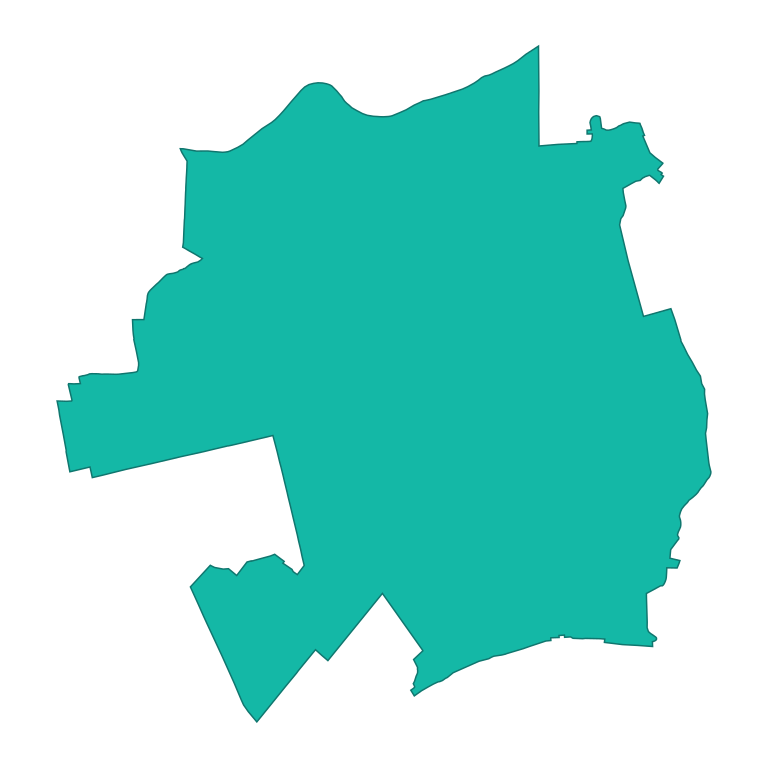 the district of Hotarele, Giurgiu, Romania
{"feature_id": "2599482B11707962616548", "entity_name": "Hotarele", "entity_type": "district", "adm_level": 2, "iso_a3": "ROU", "parent_name": "Romania", "parent_adm1": "Giurgiu", "projection": "orthographic", "projection_center": [26.375, 44.157], "detail": "fine", "context": "isolated", "style": "filled", "palette": "teal", "viewbox_px": 768, "rotation_deg": 0, "n_neighbors": 0, "source": "geoboundaries", "source_scale": "gbopen_adm2", "svg_char_len": 6067}
<svg xmlns="http://www.w3.org/2000/svg" viewBox="0 0 768 768"><path d="M414.3,695.9L421.6,690.7L428.4,686.8L433.5,684.0L438.0,681.9L439.8,681.6L442.5,680.5L445.4,678.4L447.3,677.5L453.2,672.7L478.8,661.3L488.8,658.7L491.5,657.2L493.8,656.2L501.8,655.0L505.5,654.1L506.7,653.6L523.1,648.7L529.6,646.4L545.9,641.0L550.9,640.5L550.7,638.2L550.8,637.8L559.1,637.5L559.0,635.5L564.4,635.1L564.6,637.3L570.6,636.9L573.0,638.3L582.7,638.7L585.4,638.4L600.0,638.7L604.8,639.1L604.4,642.4L622.6,644.6L637.5,645.4L652.6,646.5L652.4,641.7L653.8,641.3L655.0,640.8L656.0,640.1L656.5,639.3L656.5,638.1L655.9,637.2L652.6,634.8L651.0,633.8L649.1,632.3L648.2,631.1L647.1,627.6L647.2,622.3L647.0,615.4L646.5,599.4L646.4,594.2L646.4,593.5L660.4,585.9L660.8,585.8L662.2,585.8L662.5,585.7L662.9,585.4L663.7,584.5L664.5,583.1L665.3,581.3L666.0,579.2L666.3,577.4L666.6,572.5L666.8,567.8L677.1,568.0L679.0,563.4L679.9,560.6L669.9,558.2L670.7,549.6L677.5,540.5L678.7,539.1L678.9,537.8L677.7,535.7L677.5,534.9L677.7,533.9L678.3,531.9L679.3,529.8L680.5,527.0L680.8,525.0L680.8,522.8L680.6,520.9L680.3,519.6L679.5,517.2L679.4,515.9L679.9,513.9L680.6,511.6L681.9,508.7L684.3,505.7L687.5,502.4L688.9,500.3L692.6,497.5L696.0,494.5L697.9,492.4L699.1,490.5L700.9,488.0L703.2,485.7L705.3,482.5L706.7,480.2L707.6,479.1L708.9,477.7L709.7,476.4L710.7,473.8L710.9,471.9L709.3,465.5L708.8,462.6L706.2,440.4L705.5,433.3L706.6,427.8L706.9,420.1L707.6,413.6L705.2,399.6L704.5,394.0L704.6,389.2L701.7,383.7L700.4,376.1L696.5,370.2L692.2,362.1L687.6,354.4L683.7,346.4L680.9,341.1L680.9,340.0L674.8,319.6L670.9,308.7L643.5,316.4L628.1,260.7L619.6,224.9L620.8,218.7L623.1,215.6L625.7,207.9L625.9,206.0L625.6,204.4L624.8,200.7L623.3,192.7L622.9,188.4L631.4,183.6L635.9,181.2L640.2,180.4L642.0,178.6L642.9,177.9L644.0,177.4L645.1,176.7L649.1,175.4L649.8,175.4L655.5,179.9L657.4,181.6L658.5,182.8L659.1,183.3L663.5,176.2L661.1,174.6L662.2,173.1L661.4,172.4L658.1,170.5L657.8,170.1L657.8,169.6L657.9,168.9L658.3,168.5L662.7,163.6L662.9,163.2L655.2,157.4L649.9,152.8L642.8,136.0L644.5,135.4L642.6,130.9L642.8,130.9L641.9,128.2L640.1,124.1L640.0,123.4L639.2,123.2L635.4,122.9L629.6,122.1L623.9,123.6L622.7,124.1L620.6,125.3L618.9,125.9L616.6,127.6L614.3,128.6L612.9,129.1L610.6,129.8L608.3,130.2L606.3,130.1L604.0,129.0L601.6,128.3L600.3,118.4L599.7,116.7L596.6,115.7L595.5,115.9L593.4,116.6L591.5,118.4L590.5,120.5L590.0,122.6L590.8,126.6L591.3,129.9L587.1,130.2L587.1,134.0L592.2,133.9L592.4,135.3L592.1,138.2L591.7,139.7L590.8,141.3L587.8,141.5L581.4,141.6L577.0,141.8L576.9,143.5L558.0,144.4L539.0,146.0L538.7,112.0L538.9,91.2L538.5,46.1L525.9,54.3L519.3,59.5L517.8,60.7L513.3,63.6L508.9,65.9L504.2,68.2L495.8,72.0L492.0,73.9L489.1,75.1L487.0,75.6L485.4,75.9L484.4,76.2L481.5,77.7L478.2,80.4L474.2,83.1L467.7,86.7L462.4,89.1L445.4,94.8L437.5,97.2L430.6,99.3L425.3,100.5L423.3,100.8L419.8,102.6L414.2,105.1L406.2,109.8L399.4,112.8L392.1,115.8L390.4,116.2L388.4,116.5L383.3,116.8L379.7,116.7L377.2,116.5L373.5,116.3L367.3,115.3L362.5,113.6L356.8,110.6L351.9,107.8L349.2,105.3L346.7,103.3L344.6,101.2L343.1,99.0L341.6,96.6L339.0,93.7L336.7,90.9L331.8,86.0L330.1,85.0L328.8,84.5L326.6,83.8L322.6,83.0L318.0,82.8L313.5,83.4L308.9,84.6L304.7,87.0L301.0,90.5L295.7,96.6L291.4,101.5L287.9,105.7L283.6,110.8L279.4,115.4L275.2,119.6L271.6,122.5L265.7,126.3L262.1,128.6L247.7,140.2L243.1,144.2L237.8,147.3L230.0,151.0L227.9,151.7L225.2,152.1L222.5,152.3L214.1,151.6L207.7,151.0L202.9,151.0L196.6,151.1L183.4,148.8L180.3,148.7L181.1,150.8L182.1,152.9L183.7,155.6L185.2,158.0L187.1,161.1L186.9,166.0L186.9,167.4L186.6,173.0L186.3,177.6L186.1,182.2L186.0,183.7L185.8,187.9L185.8,189.8L185.6,192.5L185.4,197.9L185.3,200.4L185.2,204.1L185.0,207.7L184.6,218.3L184.4,219.9L184.0,228.2L183.4,242.8L183.3,243.2L183.2,244.1L182.7,247.2L184.1,247.9L189.2,250.9L195.1,254.2L199.9,257.1L202.4,258.4L201.7,259.2L201.1,259.8L200.2,260.5L197.8,262.0L195.7,262.5L193.7,263.0L190.9,263.9L190.7,264.4L189.9,264.5L189.1,265.1L188.1,265.9L186.7,267.0L185.2,268.4L184.2,268.5L183.6,268.7L182.9,269.3L181.7,269.6L180.7,269.9L179.9,270.2L178.9,270.9L178.3,271.5L177.6,272.0L174.7,272.9L173.1,273.3L171.7,273.5L170.1,273.7L169.0,273.9L167.3,274.3L166.4,274.8L164.9,276.1L163.3,277.6L158.4,282.6L156.3,284.4L151.5,289.0L150.3,290.2L148.9,291.9L148.4,292.7L148.0,293.6L147.5,295.3L147.4,295.9L147.1,299.1L146.6,302.3L146.2,304.1L146.0,305.6L143.9,319.6L142.0,319.6L139.6,319.6L132.5,319.7L132.9,328.3L133.0,330.6L133.4,334.9L134.0,338.6L133.8,339.6L136.4,351.4L137.5,357.0L138.6,362.6L138.6,365.4L137.7,370.7L137.0,371.6L136.0,372.0L132.7,372.6L118.6,374.2L116.0,374.3L108.2,374.1L103.7,374.1L102.0,374.2L98.1,373.8L91.8,373.7L89.5,373.9L87.8,374.7L84.2,375.6L82.6,375.8L79.2,376.7L79.0,377.7L80.4,383.6L73.9,383.9L70.3,383.7L68.6,383.7L68.3,384.6L72.0,400.2L71.6,401.0L66.7,401.3L57.1,401.0L58.9,410.0L59.6,415.3L63.4,435.0L66.2,450.3L66.1,451.8L69.2,468.3L69.9,471.8L90.0,467.0L91.3,472.9L92.3,477.6L97.5,476.4L103.4,475.0L125.8,469.4L136.9,466.9L153.7,463.1L181.2,456.6L203.9,451.6L214.2,449.1L227.8,445.9L228.4,445.9L231.8,445.2L251.4,440.6L272.9,435.5L275.5,445.3L277.2,451.8L279.8,462.6L281.1,467.4L283.4,476.8L284.0,479.5L287.1,492.3L288.0,496.3L291.1,509.0L293.1,517.5L297.3,534.9L298.6,541.0L300.6,549.3L302.0,556.1L304.2,565.5L297.3,574.6L293.2,571.7L292.0,569.4L282.9,563.2L284.2,561.4L274.7,554.3L270.4,556.0L251.2,561.2L251.1,560.9L247.0,562.0L236.7,575.5L228.5,568.7L223.2,569.1L214.7,567.5L211.6,566.0L210.3,565.3L191.7,585.5L190.4,586.9L198.4,604.5L203.4,615.8L206.7,623.0L222.1,656.1L234.2,683.1L241.2,699.7L243.6,705.0L248.3,711.7L256.8,721.9L260.6,717.3L285.9,686.0L296.4,673.3L298.3,670.7L315.5,649.7L321.8,655.4L327.9,660.6L382.4,593.4L422.9,650.6L423.3,650.4L413.6,659.5L413.8,659.9L417.6,667.5L417.5,668.0L417.5,668.7L417.5,669.6L417.7,670.6L417.6,672.1L417.6,672.7L417.4,673.3L417.1,674.1L416.1,676.3L414.6,681.1L413.8,682.8L413.3,683.7L414.0,685.1L414.4,686.0L414.6,686.6L414.6,686.9L414.6,687.1L414.5,687.4L414.1,687.7L413.5,688.3L410.8,690.2L412.9,693.6L414.3,695.9Z" fill="#14b8a6" stroke="#0f766e" stroke-width="1.5"/></svg>